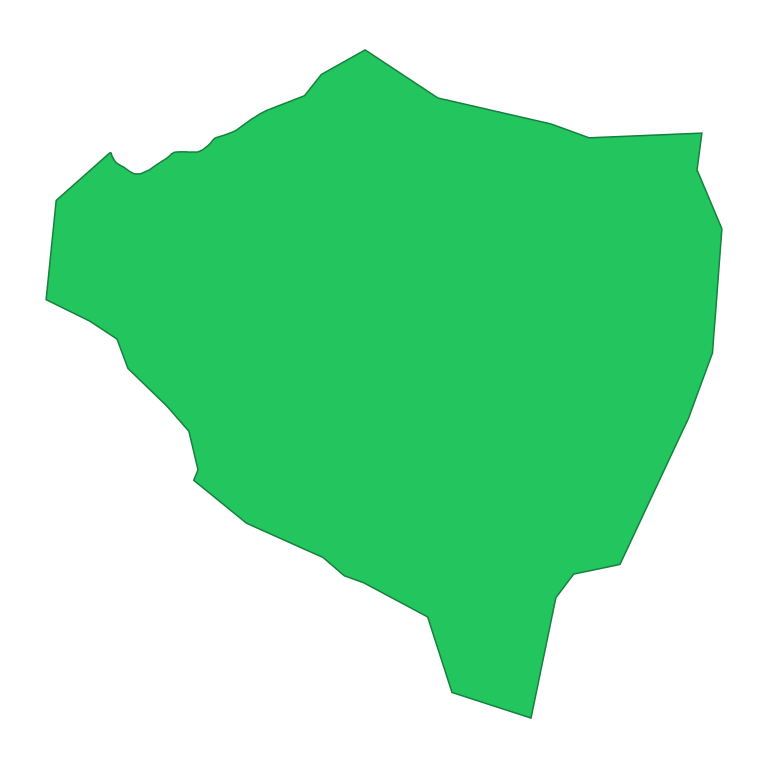 Urgamal, Dzavhan, Mongolia (orthographic projection)
{"feature_id": "93677404B48055629710437", "entity_name": "Urgamal", "entity_type": "district", "adm_level": 2, "iso_a3": "MNG", "parent_name": "Mongolia", "parent_adm1": "Dzavhan", "projection": "orthographic", "projection_center": [94.093, 48.464], "detail": "fine", "context": "isolated", "style": "filled", "palette": "green", "viewbox_px": 768, "rotation_deg": 0, "n_neighbors": 0, "source": "geoboundaries", "source_scale": "gbopen_adm2", "svg_char_len": 1624}
<svg xmlns="http://www.w3.org/2000/svg" viewBox="0 0 768 768"><path d="M321.4,74.4L304.5,95.7L266.9,110.3L260.5,113.6L251.5,119.2L235.7,130.6L231.4,132.5L224.9,134.9L218.5,136.9L216.5,137.5L215.7,137.9L214.9,138.2L214.3,138.7L213.9,139.1L213.2,139.8L212.6,140.6L212.1,141.1L210.0,143.8L207.1,146.4L204.3,148.5L202.9,149.7L201.8,150.2L200.7,150.6L199.5,151.3L198.4,151.7L197.3,152.0L196.5,152.1L195.3,152.1L194.7,152.1L193.8,152.0L192.8,152.0L189.2,152.1L187.2,151.9L182.8,151.8L177.9,151.9L174.7,152.2L173.9,152.5L172.7,153.3L171.7,153.7L170.0,155.5L166.1,158.7L159.4,162.9L154.2,166.4L150.2,169.3L149.4,169.9L145.9,171.4L141.5,173.4L139.7,173.9L138.1,173.9L136.5,173.9L135.2,173.9L133.8,173.7L133.1,173.3L129.8,171.5L126.8,169.4L124.2,167.4L120.2,165.3L116.3,162.8L114.2,160.1L112.1,156.2L111.7,155.1L111.3,153.3L110.6,152.7L109.5,153.1L56.2,200.4L46.1,299.7L89.7,321.1L116.6,338.8L117.0,339.0L117.1,339.4L128.0,368.5L167.0,406.2L188.9,431.3L198.0,469.8L193.7,480.3L246.6,523.3L302.6,548.4L303.0,548.6L322.9,557.4L344.3,575.8L363.7,582.8L409.6,607.3L427.7,617.0L435.0,639.8L435.2,640.3L452.0,692.5L531.0,718.1L540.3,673.2L540.4,672.5L545.7,647.0L555.9,597.6L564.0,587.0L564.3,586.5L573.7,574.1L620.0,564.4L672.7,451.9L673.0,451.3L682.7,430.6L683.0,429.9L683.9,428.0L684.1,427.7L684.2,427.4L684.6,426.6L685.8,424.1L688.6,418.1L690.8,412.0L693.7,404.2L695.5,399.2L699.2,389.1L705.4,372.3L708.5,363.8L712.5,353.0L714.0,332.5L715.2,317.9L721.9,228.8L721.1,226.8L720.8,226.2L697.6,171.1L696.9,171.0L701.9,133.1L589.1,137.8L551.1,124.0L437.9,98.0L365.1,49.9L321.4,74.4Z" fill="#22c55e" stroke="#15803d" stroke-width="1.5"/></svg>